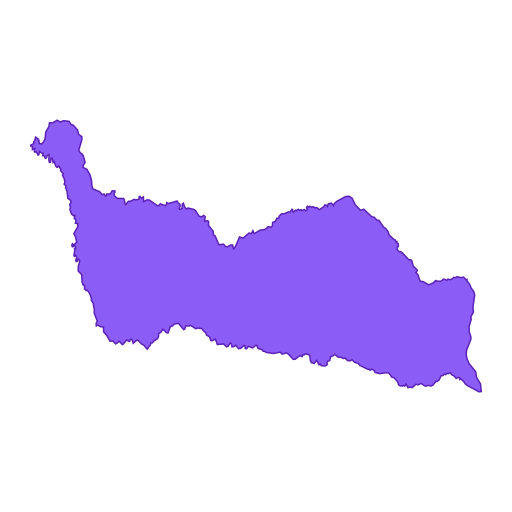 La Sierra, Cauca, Colombia
{"feature_id": "7082276B53441696517759", "entity_name": "La Sierra", "entity_type": "district", "adm_level": 2, "iso_a3": "COL", "parent_name": "Colombia", "parent_adm1": "Cauca", "projection": "equal_earth", "projection_center": [-76.803, 2.2], "detail": "fine", "context": "isolated", "style": "filled", "palette": "violet", "viewbox_px": 512, "rotation_deg": 0, "n_neighbors": 0, "source": "geoboundaries", "source_scale": "gbopen_adm2", "svg_char_len": 5993}
<svg xmlns="http://www.w3.org/2000/svg" viewBox="0 0 512 512"><path d="M35.6,137.1L34.7,140.7L33.7,141.8L33.7,143.6L30.7,145.2L30.9,146.2L32.5,146.8L32.4,149.6L34.6,148.6L34.3,151.6L35.0,152.2L36.3,151.6L38.0,155.1L38.7,154.9L39.7,151.4L41.4,153.0L43.0,153.3L42.7,155.7L44.4,155.9L45.3,158.4L46.4,157.9L47.2,155.7L49.2,154.6L48.8,159.7L49.4,162.4L50.5,162.2L51.0,158.4L52.3,158.1L53.1,162.6L54.3,161.7L55.6,165.8L56.6,167.1L57.6,167.3L58.5,166.1L59.3,166.4L59.8,168.0L60.7,168.6L60.6,170.7L63.3,174.0L62.5,175.2L64.5,179.5L64.8,182.4L64.1,184.1L66.0,186.0L65.6,187.5L67.1,191.5L67.8,198.3L70.9,200.6L70.8,203.0L69.6,204.7L70.5,207.2L69.9,209.6L71.5,214.0L73.4,215.7L74.8,215.3L74.3,218.7L75.7,219.4L76.0,220.6L75.4,223.3L77.6,223.4L77.7,226.9L73.9,233.6L75.6,237.1L76.7,242.4L73.6,244.8L72.4,243.8L71.8,245.4L72.4,246.8L74.9,245.8L75.7,246.8L75.6,248.2L74.5,248.4L74.8,249.9L73.9,255.7L74.5,256.4L75.5,255.2L76.0,255.6L76.7,257.7L75.7,260.2L76.2,261.6L77.3,261.4L78.0,259.2L79.5,260.0L79.6,261.8L78.2,266.9L78.3,271.2L81.7,274.6L82.1,282.0L83.0,284.9L84.5,285.3L84.5,289.0L85.4,289.3L86.1,290.6L87.2,290.2L88.7,292.0L90.4,295.2L91.4,298.6L91.3,300.4L93.1,303.0L94.3,309.6L94.2,313.0L97.3,321.2L96.1,323.4L96.3,325.9L97.6,325.0L100.2,326.6L103.5,327.1L103.6,331.8L106.9,335.7L110.0,341.2L112.8,341.0L115.7,343.9L119.5,341.3L122.2,344.6L123.3,344.1L126.6,339.9L129.1,341.5L129.8,341.2L130.2,339.4L132.0,339.4L133.2,343.3L136.8,340.2L137.9,340.1L141.5,343.9L144.0,345.3L147.2,349.2L150.4,344.8L150.9,342.9L152.3,342.9L154.4,340.5L157.4,338.8L158.5,336.6L158.7,333.4L160.7,332.5L162.9,329.2L166.6,332.8L168.1,332.9L170.2,326.9L172.5,325.9L174.4,324.0L178.5,323.4L183.7,329.6L184.7,329.2L185.8,325.8L188.9,326.1L190.5,325.3L195.9,328.8L197.5,328.0L202.0,328.6L203.3,330.7L205.9,332.8L206.5,335.1L209.4,336.7L210.9,340.6L212.1,340.7L215.4,339.1L217.3,344.5L223.7,344.0L226.5,346.8L228.2,346.2L230.3,342.9L231.5,343.9L232.0,346.9L233.9,346.6L235.8,345.2L238.5,348.7L240.6,348.4L244.0,345.5L245.1,346.1L245.2,348.2L245.7,348.8L246.7,348.6L248.5,346.3L252.7,347.9L256.1,345.1L257.2,346.1L258.0,348.5L262.0,349.6L263.2,351.3L264.5,351.2L266.2,352.4L273.4,353.5L280.0,352.2L282.3,354.1L286.5,352.9L288.6,354.3L293.3,359.4L295.3,359.2L299.9,355.5L302.0,356.7L302.9,354.7L304.0,355.0L305.5,353.8L308.6,354.6L309.9,356.1L310.4,360.7L311.4,362.7L314.2,363.4L316.7,360.4L319.0,364.8L320.3,364.0L321.2,365.7L325.1,366.0L327.2,364.7L327.0,362.6L327.6,361.3L329.7,360.6L330.6,356.6L332.2,356.3L334.9,354.4L338.0,357.1L341.5,357.4L343.2,358.5L344.9,358.0L347.6,360.6L350.0,360.9L352.1,359.7L354.5,362.3L358.5,363.5L359.5,365.2L367.5,369.2L369.1,369.2L370.1,370.3L371.8,369.1L373.9,370.2L375.2,372.5L379.9,373.7L385.7,372.7L388.6,373.0L390.6,375.1L391.5,377.0L394.2,377.8L397.8,382.1L398.4,384.4L399.4,385.6L402.5,386.1L403.8,385.3L404.8,386.1L406.1,384.0L408.0,387.7L410.0,387.0L412.3,387.6L415.9,384.3L418.3,384.8L421.0,383.4L425.3,386.2L428.1,385.4L431.1,386.0L432.9,385.1L436.0,381.4L437.0,381.5L439.3,379.8L440.9,375.9L443.1,375.5L444.0,374.3L445.8,374.6L447.0,373.3L448.4,373.6L450.3,372.6L452.0,375.0L454.1,376.0L456.2,378.5L458.1,377.3L459.4,377.9L459.7,379.4L460.5,378.6L463.9,381.7L465.2,383.9L467.5,385.6L478.9,391.8L481.3,391.6L480.5,384.0L476.5,377.2L475.7,371.8L468.9,363.3L467.1,359.0L466.2,354.9L466.6,350.1L470.9,339.2L470.8,336.5L469.2,331.7L469.1,326.7L471.2,319.3L470.9,316.6L473.5,312.1L472.9,307.8L474.7,295.0L473.7,291.5L471.1,287.9L469.7,284.4L467.1,281.1L467.0,279.5L466.3,279.9L463.6,277.1L461.0,277.7L457.1,276.7L455.1,277.7L453.7,277.4L451.8,279.2L449.7,279.7L448.1,279.1L446.6,280.3L443.8,279.0L440.9,281.2L437.5,281.2L435.9,280.5L433.0,283.0L428.8,284.9L423.2,281.6L420.1,281.2L417.9,274.6L415.9,272.5L417.2,270.9L417.1,269.9L413.0,265.8L412.1,261.3L410.8,259.7L408.9,259.8L401.6,252.1L398.5,251.3L397.0,249.3L397.1,248.0L398.5,245.9L398.1,243.5L396.9,243.0L396.9,241.6L396.1,241.8L395.3,240.0L394.2,239.7L389.2,235.0L388.0,231.5L385.6,228.4L383.6,227.2L379.1,220.5L376.8,220.0L374.3,217.3L371.7,216.7L363.8,209.2L360.9,210.3L360.0,209.7L355.2,204.7L352.2,198.3L349.0,196.2L345.5,196.6L336.7,201.4L334.3,203.5L333.4,205.6L331.4,203.1L328.4,203.7L327.5,206.1L327.3,205.4L324.9,204.9L324.0,206.5L319.4,209.7L316.7,207.5L315.1,207.9L313.3,206.7L311.0,207.2L310.0,206.3L308.7,207.0L307.5,206.2L306.6,207.4L307.3,209.6L305.7,210.8L304.2,209.5L301.6,210.7L301.1,209.7L299.5,210.3L298.3,209.3L296.5,210.5L295.6,210.1L293.5,212.1L292.9,211.5L292.5,209.5L291.8,209.3L290.1,212.2L288.4,211.9L284.0,213.9L281.7,213.7L279.2,216.1L278.6,218.4L277.0,218.2L275.2,221.5L272.6,222.4L272.3,225.9L271.5,227.2L268.3,226.6L264.9,229.5L260.0,230.2L254.7,233.4L253.9,233.1L252.9,230.7L251.5,233.4L248.9,233.1L243.1,238.1L239.5,236.9L236.8,243.5L234.5,248.1L233.6,248.8L232.5,244.9L230.8,245.0L227.2,246.8L225.3,246.4L223.6,244.2L218.9,244.7L215.1,235.9L213.4,234.9L213.2,231.3L208.5,225.4L208.6,221.5L207.5,220.7L204.6,221.3L205.2,216.6L203.6,215.4L201.8,216.8L199.1,216.2L195.6,210.7L193.8,209.4L188.0,208.0L187.2,209.0L185.9,208.5L184.6,206.8L183.4,203.2L182.3,204.1L182.0,208.5L179.9,209.4L179.1,208.5L180.1,206.4L180.0,204.3L178.2,203.0L177.1,201.0L168.4,203.5L166.8,202.6L166.2,204.9L165.1,205.6L160.3,203.8L158.6,205.6L157.6,205.8L149.2,200.0L147.1,199.8L143.6,201.7L143.4,196.9L141.5,198.2L139.9,196.3L139.2,196.7L138.9,199.3L135.5,199.9L134.2,199.3L130.5,201.3L128.4,201.3L125.7,204.6L125.0,204.1L124.4,199.9L123.5,198.5L117.4,198.4L114.5,195.9L114.0,193.5L115.0,192.0L114.9,190.9L112.2,190.8L110.3,193.9L106.8,194.0L106.4,195.8L105.7,196.1L104.0,194.0L102.1,194.6L99.7,191.7L92.9,188.9L91.9,186.0L91.5,180.4L90.1,175.1L87.0,169.4L83.1,167.4L83.3,165.2L85.1,162.6L83.5,156.4L82.5,154.3L80.4,152.9L79.1,150.8L79.0,149.3L81.9,139.8L81.8,136.6L78.8,134.5L77.4,129.8L73.2,125.1L71.2,124.6L69.0,121.3L63.5,120.7L60.4,122.0L57.1,120.2L52.9,122.7L49.5,122.8L48.9,126.6L45.8,132.0L45.0,139.0L43.3,142.2L41.6,144.0L39.4,143.5L38.6,139.3L35.6,137.1Z" fill="#8b5cf6" stroke="#5b21b6" stroke-width="1.5"/></svg>